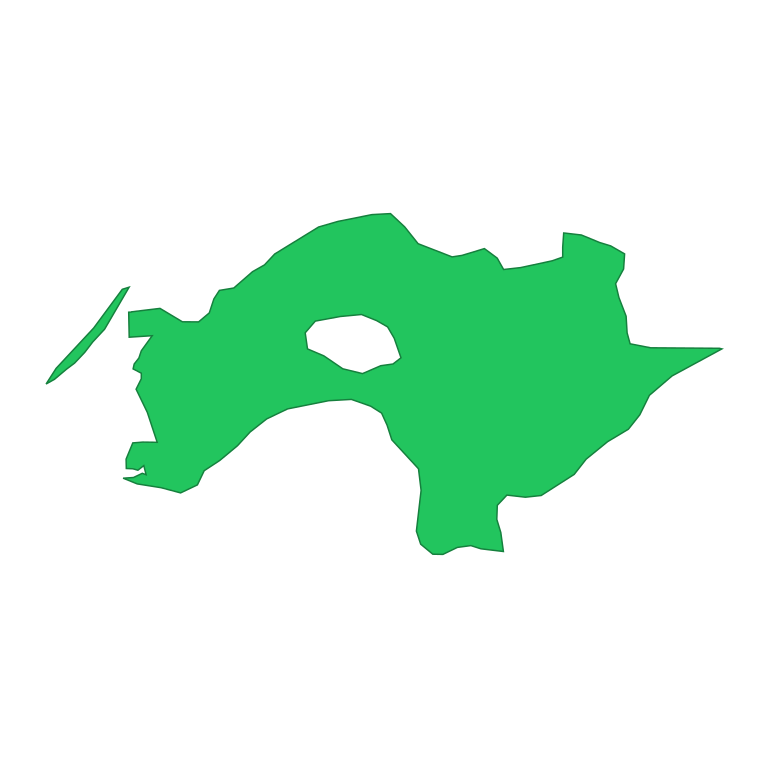 Chiayi, Robinson projection
{"feature_id": "TWN-1170", "entity_name": "Chiayi", "entity_type": "County", "adm_level": 1, "iso_a3": "TWN", "parent_name": "Taiwan", "parent_adm1": "", "projection": "robinson", "projection_center": [120.419, 23.433], "detail": "fine", "context": "isolated", "style": "filled", "palette": "green", "viewbox_px": 768, "rotation_deg": 0, "n_neighbors": 0, "source": "natural_earth", "source_scale": "10m", "svg_char_len": 1709}
<svg xmlns="http://www.w3.org/2000/svg" viewBox="0 0 768 768"><path d="M123.1,478.2L133.5,477.5L142.3,473.3L146.1,474.7L143.8,465.6L137.9,470.2L132.9,468.8L126.3,468.5L126.1,459.1L132.8,442.9L142.7,442.1L157.2,442.3L147.3,412.3L136.1,389.2L141.3,378.8L141.3,373.2L133.1,368.9L134.2,364.0L138.9,358.0L141.3,350.8L152.2,335.7L129.2,337.2L128.7,312.2L131.2,312.1L131.6,311.8L160.0,308.4L182.4,321.8L198.6,321.9L209.3,312.9L213.9,298.9L219.4,290.4L233.8,288.0L252.5,271.7L264.5,264.9L274.7,254.0L318.6,227.0L338.0,221.4L371.9,214.6L390.5,213.6L404.7,226.9L418.1,243.7L452.1,256.9L462.0,255.4L484.4,248.6L497.2,258.1L503.6,269.5L520.6,267.6L552.2,260.8L562.7,257.1L562.7,247.2L563.7,233.0L565.0,233.1L581.4,235.0L599.6,242.5L610.7,245.9L624.6,253.9L623.6,269.0L615.6,283.7L618.9,297.5L626.1,316.2L627.1,332.8L630.1,343.8L650.6,347.8L719.5,348.3L721.9,348.9L672.1,375.9L649.4,395.3L639.8,414.8L628.4,429.2L607.7,441.6L586.2,459.1L574.2,474.4L541.2,495.5L525.4,497.2L506.9,495.1L497.3,505.3L496.8,519.4L500.8,532.5L503.4,551.5L480.9,548.8L470.9,545.6L457.4,547.4L442.9,554.4L432.8,554.2L420.7,544.2L416.4,531.1L421.1,490.4L418.5,468.8L391.8,439.8L387.1,425.2L381.6,413.1L370.7,406.2L351.4,399.4L328.6,400.7L287.6,408.9L266.7,418.9L250.1,432.0L237.5,445.7L219.7,460.5L204.2,470.7L197.4,484.9L180.6,492.9L161.1,487.7L137.2,483.9L123.1,478.2ZM362.5,373.6L380.8,365.7L393.0,364.0L401.0,357.8L394.2,338.2L387.6,326.9L376.6,320.6L361.5,314.5L340.3,316.5L315.3,321.1L305.2,332.8L307.5,348.9L323.9,355.9L342.8,368.8L362.5,373.6ZM56.1,368.4L93.7,328.0L122.3,289.3L129.1,287.2L104.6,329.2L92.7,342.0L84.8,352.3L74.6,363.1L66.6,369.1L54.5,379.3L46.1,384.0L56.1,368.4Z" fill="#22c55e" stroke="#15803d" stroke-width="1.5"/></svg>